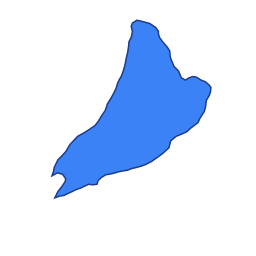 Agios Sergios, Cyprus (Albers equal-area conic projection), rotated 214°
{"feature_id": "46923920B79563673366387", "entity_name": "Agios Sergios", "entity_type": "district", "adm_level": 2, "iso_a3": "CYP", "parent_name": "Cyprus", "parent_adm1": "", "projection": "albers", "projection_center": [33.892, 35.205], "detail": "fine", "context": "isolated", "style": "filled", "palette": "blue", "viewbox_px": 256, "rotation_deg": 214, "n_neighbors": 0, "source": "geoboundaries", "source_scale": "gbopen_adm2", "svg_char_len": 1333}
<svg xmlns="http://www.w3.org/2000/svg" viewBox="0 0 256 256"><g transform="rotate(214 128 128)"><path d="M122.2,64.1L123.3,67.0L122.7,71.3L120.4,76.6L115.6,81.3L111.4,86.3L108.3,89.5L104.8,92.7L102.2,96.6L99.3,99.6L95.9,103.5L92.7,108.0L89.6,113.8L86.7,121.5L85.1,126.0L83.0,134.5L85.4,141.1L83.5,147.9L80.6,152.2L77.2,157.7L76.1,162.5L73.0,171.7L73.8,176.5L74.0,184.2L75.3,188.4L78.5,194.7L78.8,200.3L79.8,204.0L81.9,208.0L84.8,209.0L89.6,209.6L94.8,208.5L99.6,208.5L103.2,206.7L105.6,203.5L107.2,199.8L111.9,199.5L118.0,203.5L124.3,204.8L131.2,209.3L133.5,211.4L136.4,215.1L140.6,217.0L147.5,218.8L152.5,220.7L155.1,222.8L157.0,225.2L161.2,226.8L168.5,226.8L172.5,225.4L176.4,224.1L180.9,222.3L183.0,217.5L182.2,214.1L178.3,210.4L176.2,205.6L175.4,200.0L173.5,196.6L170.9,191.3L168.5,185.0L165.9,178.9L164.1,173.6L162.5,167.2L162.2,162.5L161.7,159.6L160.1,154.3L159.3,149.3L158.8,143.2L158.5,136.3L156.7,130.0L156.7,123.1L156.4,117.8L156.7,111.7L159.6,104.3L162.2,98.5L165.1,92.9L166.9,81.6L166.7,78.7L166.4,73.7L167.2,68.1L168.3,62.5L167.7,58.1L167.2,54.4L165.4,50.1L164.3,45.9L161.4,51.4L156.4,53.0L151.4,51.2L150.1,48.5L150.1,42.2L150.6,36.4L149.6,29.2L146.7,33.2L143.3,36.4L140.9,40.6L138.8,44.0L136.9,47.5L133.5,52.0L131.4,55.7L129.1,59.4L125.4,61.2L122.2,64.1Z" fill="#3b82f6" stroke="#1e3a8a" stroke-width="1.5"/></g></svg>